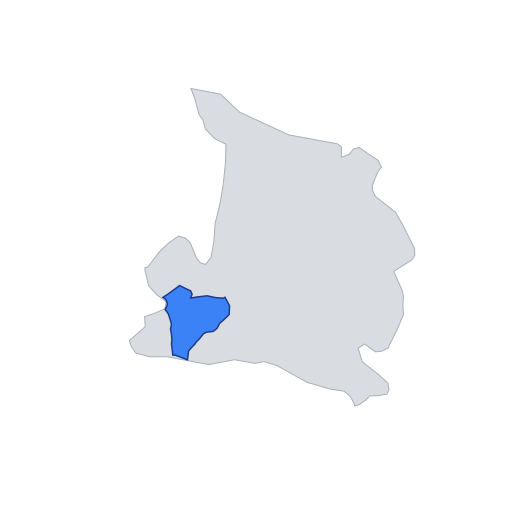 where Berane sits in Montenegro, rotated 156°
{"feature_id": "MNE-1509", "entity_name": "Berane", "entity_type": "Municipality", "adm_level": 1, "iso_a3": "MNE", "parent_name": "Montenegro", "parent_adm1": "", "projection": "albers", "projection_center": [19.918, 42.855], "detail": "fine", "context": "in_parent", "style": "filled", "palette": "blue", "viewbox_px": 512, "rotation_deg": 156, "n_neighbors": 0, "source": "natural_earth", "source_scale": "10m", "svg_char_len": 1840}
<svg xmlns="http://www.w3.org/2000/svg" viewBox="0 0 512 512"><g transform="rotate(156 256 256)"><path d="M226.8,78.8L226.3,81.4L227.0,89.1L230.4,96.6L242.7,104.5L260.7,119.8L281.9,147.9L291.7,156.3L300.6,158.3L317.8,170.0L329.8,172.8L343.3,176.0L378.4,200.2L394.2,207.2L405.4,216.3L406.7,224.9L406.2,230.2L385.9,236.5L382.4,246.0L372.5,244.9L360.6,244.9L356.7,250.9L362.4,260.8L366.2,272.4L363.2,288.4L362.2,290.5L359.3,289.9L342.5,299.2L330.0,303.6L318.7,305.7L313.3,301.3L310.7,295.2L311.2,277.7L309.2,271.8L305.4,268.9L297.6,273.0L288.6,286.5L280.2,302.2L267.5,318.6L257.1,334.3L245.7,354.0L238.0,370.4L245.9,379.8L250.6,392.7L249.1,402.3L250.5,408.0L247.9,424.9L247.3,435.5L222.6,418.3L212.6,394.2L176.8,353.3L135.8,325.2L133.6,320.8L136.0,315.6L138.0,311.4L129.4,311.0L123.4,314.2L117.7,313.2L111.4,302.8L105.5,293.7L105.3,285.8L108.1,284.8L112.3,281.7L121.1,273.1L122.9,268.5L122.6,261.6L110.8,239.3L109.3,224.9L108.1,198.2L110.7,192.0L115.2,189.0L136.4,186.0L136.5,165.3L137.8,159.0L142.2,150.5L145.0,142.6L156.9,131.5L172.9,118.2L179.9,117.9L185.9,119.9L192.7,131.5L200.2,130.1L201.9,116.2L192.3,97.9L187.2,86.2L188.9,79.8L192.6,76.5L201.0,78.7L209.0,81.9L214.1,79.8L222.1,78.3L226.8,78.8Z" fill="#d9dde1" stroke="#a8b0b8" stroke-width="1"/><path d="M360.8,244.1L357.5,246.8L356.3,248.5L356.0,252.8L357.8,256.1L351.9,257.0L337.8,260.1L333.1,254.4L329.9,250.8L329.9,247.1L332.8,244.2L327.4,242.8L316.8,239.5L310.0,234.5L302.9,230.7L301.1,230.9L301.1,230.4L300.4,221.4L301.6,218.8L304.3,213.5L304.8,213.3L311.8,210.7L316.8,209.2L320.7,205.9L325.7,204.5L331.7,206.4L335.5,206.4L341.3,203.4L345.9,201.6L347.4,200.5L352.2,198.6L356.3,196.6L360.8,189.0L370.4,198.5L372.3,199.1L369.1,209.7L366.6,214.3L365.2,218.5L363.7,224.2L360.9,228.2L359.6,238.5L360.8,244.0L360.8,244.1Z" fill="#3b82f6" stroke="#1e3a8a" stroke-width="1.5"/></g></svg>